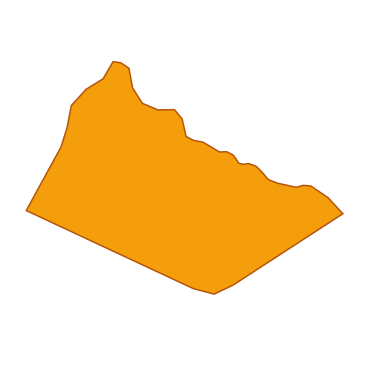 map outline of Katakwi (Mercator projection), rotated 115°
{"feature_id": "UGA-3122", "entity_name": "Katakwi", "entity_type": "County", "adm_level": 1, "iso_a3": "UGA", "parent_name": "Uganda", "parent_adm1": "", "projection": "mercator", "projection_center": [33.928, 1.964], "detail": "fine", "context": "isolated", "style": "filled", "palette": "amber", "viewbox_px": 384, "rotation_deg": 115, "n_neighbors": 0, "source": "natural_earth", "source_scale": "10m", "svg_char_len": 622}
<svg xmlns="http://www.w3.org/2000/svg" viewBox="0 0 384 384"><g transform="rotate(115 192 192)"><path d="M106.5,301.4L122.6,290.0L132.6,274.5L132.0,257.6L124.8,242.7L130.0,231.8L144.2,220.8L144.6,212.3L142.2,203.3L144.1,184.0L140.8,177.5L141.1,170.4L143.4,166.0L146.2,161.8L145.3,157.3L142.3,152.9L141.6,144.8L144.2,137.5L148.5,128.2L147.9,118.3L143.7,99.6L138.9,93.9L136.3,86.8L139.8,66.0L147.9,46.1L259.1,115.5L275.2,128.8L279.0,149.8L279.0,195.9L278.9,334.4L206.4,329.7L186.0,332.5L164.7,337.9L143.7,331.4L126.9,320.4L107.2,318.6L105.0,311.1L106.5,301.4Z" fill="#f59e0b" stroke="#b45309" stroke-width="1.5"/></g></svg>